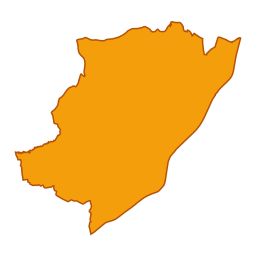 Itagüí, Antioquia, Colombia
{"feature_id": "7082276B40156907925674", "entity_name": "Itagüí", "entity_type": "district", "adm_level": 2, "iso_a3": "COL", "parent_name": "Colombia", "parent_adm1": "Antioquia", "projection": "equal_earth", "projection_center": [-75.62, 6.177], "detail": "fine", "context": "isolated", "style": "filled", "palette": "amber", "viewbox_px": 256, "rotation_deg": 0, "n_neighbors": 0, "source": "geoboundaries", "source_scale": "gbopen_adm2", "svg_char_len": 5535}
<svg xmlns="http://www.w3.org/2000/svg" viewBox="0 0 256 256"><path d="M232.6,74.0L233.4,71.0L236.1,55.6L240.6,38.1L239.4,37.7L237.8,38.8L237.7,38.5L233.8,41.3L233.4,41.4L232.1,41.6L231.9,42.5L226.9,40.4L226.6,39.9L219.5,37.2L218.9,37.1L218.0,37.6L217.8,37.9L215.1,46.8L213.6,47.8L210.4,49.8L209.3,51.2L208.9,51.5L208.4,51.6L208.3,52.0L207.8,52.7L206.8,53.3L206.6,54.8L204.7,54.5L204.2,54.2L203.4,49.9L202.7,43.8L202.6,42.1L202.6,39.4L202.7,38.7L199.1,36.9L198.0,36.0L197.4,35.9L196.7,35.0L195.9,35.0L195.7,34.9L195.3,34.6L194.9,33.7L194.4,33.4L194.2,33.4L193.6,33.9L192.9,35.3L192.2,35.8L191.4,33.8L190.4,32.1L189.9,31.5L189.4,31.1L187.7,30.1L187.0,31.8L186.2,31.3L186.1,31.1L185.9,31.1L185.6,31.4L185.2,31.5L184.4,31.1L184.1,30.8L183.5,29.3L183.3,28.3L183.2,26.9L183.0,26.4L182.8,26.0L182.5,25.8L182.3,25.1L181.0,23.4L180.6,23.0L179.6,22.5L176.7,22.6L175.9,22.4L174.1,22.4L172.7,21.8L172.1,21.8L171.1,22.1L170.6,22.9L170.7,23.4L171.4,24.2L171.4,24.4L170.4,26.3L169.5,25.4L169.6,24.9L167.9,26.7L165.7,30.5L165.2,31.0L164.8,31.3L164.1,31.5L163.3,31.6L161.1,31.6L160.1,31.4L159.3,30.9L158.5,29.8L158.1,29.4L157.8,29.3L157.4,29.3L155.7,31.0L154.8,31.6L154.2,31.8L152.5,31.8L151.6,31.5L150.1,29.6L148.9,28.6L145.5,26.8L144.8,26.6L144.2,26.7L143.7,26.8L142.0,27.6L140.5,28.0L139.0,28.2L138.0,28.5L137.0,28.6L133.5,28.6L132.4,28.7L131.3,29.1L128.1,30.7L126.0,32.8L125.0,33.5L122.9,35.0L118.8,37.1L114.7,38.3L112.7,38.8L107.1,39.4L106.1,39.7L104.5,40.6L104.0,40.8L99.9,40.6L97.2,40.0L95.5,39.9L92.2,40.1L90.0,39.5L86.2,37.7L85.6,37.6L85.1,37.6L84.6,37.8L82.7,38.7L82.1,38.9L79.5,39.2L78.2,39.5L77.4,39.8L76.9,40.1L76.8,40.6L77.5,43.3L77.9,45.5L78.1,47.3L78.2,48.7L78.4,50.4L78.6,51.2L79.2,53.0L80.0,54.3L83.5,57.9L84.2,59.1L84.7,60.7L85.0,63.1L85.0,64.1L84.9,65.4L84.7,67.2L84.2,70.3L84.1,72.8L84.8,74.9L84.9,75.7L84.9,76.1L84.7,76.3L84.3,76.3L83.5,76.0L82.0,74.7L81.6,74.2L81.4,74.0L81.0,74.1L80.7,74.4L78.8,80.6L78.6,81.9L77.9,83.6L77.5,84.5L76.1,86.5L75.7,86.7L74.8,86.5L74.2,86.1L72.9,86.1L71.3,87.1L70.1,87.4L69.5,87.7L68.8,88.2L66.8,90.2L64.0,94.3L62.5,96.2L61.8,96.9L60.3,97.8L59.5,98.5L59.2,99.0L58.7,100.3L58.1,104.1L57.6,105.6L56.5,107.2L54.6,109.6L54.1,110.0L52.2,111.4L51.8,111.9L51.5,112.7L51.4,112.8L52.7,115.4L53.0,116.3L53.1,116.9L53.2,118.5L53.5,119.4L53.7,120.1L53.9,122.6L54.1,123.0L54.3,123.3L55.3,123.7L56.1,123.9L57.2,124.0L57.5,124.2L57.8,125.2L57.9,126.3L58.1,126.7L60.1,129.2L60.4,129.9L59.8,131.6L59.8,131.9L60.4,133.7L59.3,135.0L58.9,135.1L58.4,135.0L58.1,135.3L58.0,135.8L57.6,135.8L56.5,138.2L55.8,139.0L55.5,139.7L55.4,140.0L55.1,140.5L54.8,140.7L54.5,140.7L54.1,140.4L53.8,140.4L53.0,141.6L52.7,141.8L51.6,141.7L51.0,141.5L50.6,141.5L49.8,142.0L49.1,142.7L48.9,142.7L48.7,142.6L48.4,141.9L48.2,142.1L48.0,142.9L47.8,143.4L47.2,143.6L46.8,143.4L46.5,143.4L46.1,143.7L46.0,144.0L45.7,144.1L45.2,143.9L44.2,144.2L43.5,144.9L42.9,145.2L42.7,145.8L42.4,146.2L41.6,146.3L41.4,146.5L41.0,146.3L40.7,146.1L40.4,146.1L40.0,146.3L39.6,146.8L39.4,146.9L38.0,146.5L37.7,146.6L36.6,147.8L36.3,147.5L36.0,147.2L35.9,147.2L35.6,147.6L35.2,147.7L34.9,147.4L34.7,147.4L34.4,147.7L34.3,148.9L34.0,149.3L33.1,149.3L32.7,150.0L31.8,150.6L31.2,150.3L30.0,150.3L29.8,150.6L29.3,150.8L29.3,151.4L29.5,151.6L29.9,151.7L30.1,152.2L30.0,152.5L29.8,152.8L28.9,152.8L28.8,152.6L28.9,151.8L28.8,151.6L28.7,151.5L27.5,152.0L26.6,152.3L26.2,152.5L25.8,152.2L25.5,152.2L25.4,152.5L25.2,152.5L24.5,152.2L24.1,151.7L23.5,151.6L23.4,152.0L23.6,152.3L23.4,152.6L23.2,152.7L22.7,152.2L21.8,153.3L21.2,152.7L20.8,152.6L20.6,152.6L20.3,153.3L20.0,153.4L19.9,153.4L19.7,153.1L19.7,152.6L19.5,152.4L19.2,152.4L18.9,152.1L18.6,152.0L18.3,152.2L18.3,152.6L18.2,152.9L17.5,152.3L16.9,152.5L15.6,152.1L15.4,152.1L15.4,152.4L15.7,153.2L15.9,154.2L16.2,155.4L17.4,157.7L18.0,159.7L18.6,159.8L20.7,159.8L21.0,161.0L21.2,163.1L20.7,164.7L20.5,165.0L20.5,165.4L20.6,165.7L21.5,167.0L21.8,169.4L21.7,169.4L22.3,175.4L22.6,176.4L23.1,180.1L26.3,179.6L27.6,179.5L28.0,182.0L28.3,182.4L29.6,182.7L29.8,183.0L30.2,184.3L31.1,184.6L32.8,185.4L33.2,185.4L34.1,185.4L34.9,185.2L37.4,185.4L38.4,184.8L38.6,184.8L39.5,185.1L40.5,186.0L41.0,185.9L42.9,185.2L43.0,185.3L43.4,185.7L44.1,187.4L44.5,187.7L45.3,187.9L48.2,187.6L49.7,187.2L51.2,187.2L51.5,187.0L52.3,186.3L52.8,186.0L53.3,185.8L53.8,185.8L53.9,188.7L54.6,190.5L54.9,190.7L55.9,190.8L56.2,191.1L56.4,191.3L56.4,192.2L56.3,193.0L55.9,194.2L56.0,194.6L56.3,195.3L62.5,199.0L68.0,201.6L68.7,201.5L70.6,200.1L71.1,199.9L71.5,199.9L73.9,201.0L76.7,200.9L82.2,203.8L82.9,204.0L83.3,203.9L87.1,201.6L88.8,200.9L90.2,200.7L90.6,203.2L91.3,205.0L91.4,205.7L91.3,207.0L90.9,208.3L90.4,209.3L90.0,209.8L89.5,210.2L89.4,211.5L89.4,211.8L91.1,213.2L90.1,219.8L90.8,221.4L90.9,221.8L89.8,222.3L89.2,225.7L89.1,226.7L89.1,227.0L89.5,227.6L90.9,234.2L91.7,233.7L94.3,232.0L96.7,230.0L105.0,223.1L107.3,222.0L109.9,221.3L113.5,220.1L115.4,219.2L118.1,217.4L124.9,212.1L131.0,207.8L135.0,204.7L136.8,203.1L143.4,198.1L144.5,197.4L148.0,195.5L153.5,193.2L156.2,192.3L157.7,191.7L159.2,190.6L162.7,186.7L163.2,186.1L163.9,185.1L164.4,183.8L164.8,182.7L165.4,179.8L167.8,163.8L168.1,162.4L168.4,161.0L169.1,159.3L169.7,157.8L170.2,156.7L172.0,154.3L174.6,151.5L176.2,149.3L177.8,147.7L187.8,138.1L192.3,133.8L194.7,131.4L196.7,129.3L199.9,125.1L202.0,121.6L203.2,119.5L205.4,115.0L207.2,110.9L208.7,107.7L211.4,101.6L212.7,99.1L214.1,96.9L215.3,95.2L215.0,94.9L216.2,93.4L217.5,92.1L217.3,91.8L220.7,87.9L226.4,82.4L229.0,79.7L230.1,78.5L230.9,77.4L231.8,75.8L232.6,74.0Z" fill="#f59e0b" stroke="#b45309" stroke-width="1.5"/></svg>